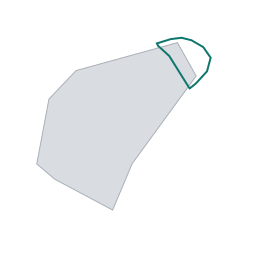 Saint Lucy highlighted on a map of Barbados, rotated 76°
{"feature_id": "BRB-1995", "entity_name": "Saint Lucy", "entity_type": "Parish", "adm_level": 1, "iso_a3": "BRB", "parent_name": "Barbados", "parent_adm1": "", "projection": "orthographic", "projection_center": [-59.624, 13.309], "detail": "fine", "context": "in_parent", "style": "outline", "palette": "teal", "viewbox_px": 256, "rotation_deg": 76, "n_neighbors": 0, "source": "natural_earth", "source_scale": "10m", "svg_char_len": 462}
<svg xmlns="http://www.w3.org/2000/svg" viewBox="0 0 256 256"><g transform="rotate(76 128 128)"><path d="M159.9,211.5L140.8,225.2L80.8,197.7L59.7,164.5L57.1,59.4L94.0,49.3L163.5,132.5L203.9,162.8L159.9,211.5Z" fill="#d9dde1" stroke="#a8b0b8" stroke-width="1"/><path d="M52.9,79.5L52.1,64.9L53.4,54.2L58.2,45.2L67.7,35.4L79.8,30.8L92.1,37.6L101.3,51.5L104.5,58.5L103.9,58.9L68.0,70.6L55.6,78.9L52.9,79.5Z" fill="none" stroke="#0f766e" stroke-width="2"/></g></svg>